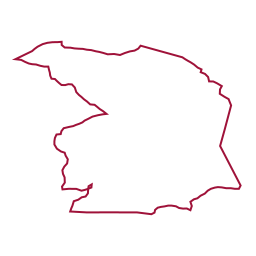 outline of João Neiva, Espírito Santo, Brazil, rotated 90°
{"feature_id": "56859067B35561068674393", "entity_name": "João Neiva", "entity_type": "district", "adm_level": 2, "iso_a3": "BRA", "parent_name": "Brazil", "parent_adm1": "Espírito Santo", "projection": "natural_earth1", "projection_center": [-40.439, -19.726], "detail": "fine", "context": "isolated", "style": "outline", "palette": "rose", "viewbox_px": 256, "rotation_deg": 90, "n_neighbors": 0, "source": "geoboundaries", "source_scale": "gbopen_adm2", "svg_char_len": 2027}
<svg xmlns="http://www.w3.org/2000/svg" viewBox="0 0 256 256"><g transform="rotate(90 128 128)"><path d="M210.2,65.6L206.0,64.2L201.8,65.6L199.3,62.1L198.3,58.6L195.7,55.4L193.6,51.2L190.7,48.3L188.8,45.1L187.6,41.2L187.1,38.1L187.4,34.2L188.2,29.8L188.2,25.2L188.8,21.2L188.8,17.1L185.5,15.4L146.0,35.9L129.1,31.2L105.4,24.9L101.7,26.4L99.1,27.4L96.8,31.5L93.8,36.2L89.4,36.0L86.1,34.2L83.2,39.1L81.5,42.7L81.4,46.9L77.0,47.9L73.9,51.0L72.2,55.3L69.4,54.5L67.6,58.3L64.5,62.0L62.3,65.4L60.8,68.1L59.2,70.8L57.3,73.6L45.7,115.4L48.6,117.7L50.6,121.4L51.4,126.1L53.0,131.1L55.0,136.0L54.0,141.9L54.3,148.3L52.9,152.9L51.9,156.8L51.3,160.1L50.1,164.8L49.7,169.2L48.9,173.1L48.7,177.5L48.4,181.6L47.7,185.5L47.5,191.3L45.0,194.3L41.8,194.4L42.1,198.1L42.2,203.5L42.8,208.5L44.1,213.3L46.7,218.4L48.9,221.4L51.1,223.9L59.2,240.6L59.9,234.8L61.9,230.9L63.5,227.2L64.2,223.9L64.5,219.9L65.8,215.7L66.6,211.8L66.6,207.7L69.8,207.0L72.6,206.2L75.6,205.8L78.7,204.5L79.0,201.1L81.2,198.9L83.1,196.8L85.0,194.5L85.1,190.9L84.2,187.7L84.4,184.1L87.5,181.2L92.1,179.7L95.0,177.0L96.9,174.6L99.3,172.0L101.5,169.0L104.4,165.8L104.8,161.4L106.8,158.9L109.0,156.3L111.2,152.9L113.9,149.5L114.3,153.1L115.2,158.0L116.6,163.5L118.9,167.9L120.6,171.4L122.4,173.6L123.8,176.8L124.9,180.0L126.1,182.8L126.9,186.8L128.2,192.3L131.2,194.6L134.1,195.3L134.5,199.5L138.0,201.1L141.2,201.6L144.5,201.6L148.7,199.1L151.5,195.0L152.7,191.3L155.6,190.4L159.3,188.2L163.5,188.9L166.6,191.7L170.2,193.6L173.9,193.0L177.4,191.4L182.6,191.2L186.6,194.0L189.4,193.5L188.8,187.2L188.9,179.6L190.7,174.5L189.9,171.2L188.8,167.8L193.4,168.1L196.5,170.4L197.3,174.3L199.7,177.7L201.2,182.2L205.8,183.6L208.3,184.7L211.5,185.8L212.4,169.3L212.4,160.9L212.3,147.9L212.4,132.2L212.4,124.3L212.4,119.0L214.2,104.6L212.6,101.5L209.9,100.9L207.7,98.3L206.9,95.1L206.4,91.5L205.6,87.8L205.6,84.5L206.3,80.0L208.0,76.9L208.6,73.0L208.5,69.2L210.2,65.6ZM188.8,167.8L186.2,167.4L184.4,164.3L187.5,164.6L188.8,167.8Z" fill="none" stroke="#9f1239" stroke-width="2"/></g></svg>